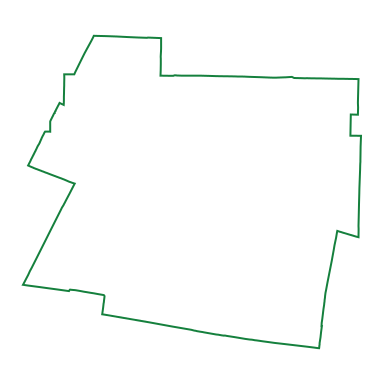 Bailesti, Dolj, Romania (Equal Earth projection)
{"feature_id": "2599482B66668126820138", "entity_name": "Bailesti", "entity_type": "district", "adm_level": 2, "iso_a3": "ROU", "parent_name": "Romania", "parent_adm1": "Dolj", "projection": "equal_earth", "projection_center": [23.267, 44.009], "detail": "fine", "context": "isolated", "style": "outline", "palette": "green", "viewbox_px": 384, "rotation_deg": 0, "n_neighbors": 0, "source": "geoboundaries", "source_scale": "gbopen_adm2", "svg_char_len": 5386}
<svg xmlns="http://www.w3.org/2000/svg" viewBox="0 0 384 384"><path d="M321.8,326.6L321.9,326.1L321.5,326.1L321.6,324.8L321.7,322.9L322.3,318.8L322.9,313.9L323.1,312.1L323.5,308.9L324.1,305.0L324.2,304.0L324.3,302.9L324.5,301.8L324.6,300.2L324.7,299.4L324.9,298.1L325.0,297.2L325.1,295.9L325.5,292.8L326.1,289.9L327.4,282.9L331.7,261.1L333.7,250.1L334.5,245.3L336.1,237.7L337.0,232.3L337.0,232.2L337.3,230.9L339.7,231.7L340.9,232.0L342.7,232.6L356.5,236.7L358.5,237.2L358.6,230.1L358.6,228.4L358.5,226.1L358.7,217.8L359.0,204.2L359.3,193.0L359.4,188.3L360.1,169.6L360.2,165.4L360.3,163.0L360.4,162.0L360.4,160.0L360.5,153.9L360.6,146.6L361.0,135.8L350.4,135.7L350.8,114.5L357.9,114.7L358.1,107.5L357.9,102.9L358.2,91.0L358.5,79.1L355.3,79.0L348.1,78.9L342.9,78.8L338.6,78.8L335.0,78.7L329.4,78.6L324.6,78.5L320.4,78.4L317.7,78.4L310.5,78.3L306.8,78.2L304.6,78.3L302.8,78.2L298.6,78.1L294.2,78.0L291.9,76.9L285.7,77.3L282.6,77.4L275.2,77.7L270.7,77.6L260.7,77.2L248.3,76.8L244.4,76.6L240.1,76.5L237.2,76.5L234.6,76.4L228.5,76.3L219.8,76.2L215.4,76.1L209.2,75.9L205.5,75.8L201.7,75.7L182.8,75.7L176.8,75.5L175.9,75.3L175.2,75.3L174.7,75.3L174.2,75.4L173.9,75.6L173.3,75.8L170.4,75.8L162.7,75.7L160.5,75.7L160.7,70.4L160.8,63.8L160.8,62.7L160.8,62.1L160.8,58.6L160.7,56.8L160.8,54.7L161.0,51.3L161.1,48.5L161.1,45.6L161.1,38.5L161.1,38.1L148.7,37.6L147.7,37.6L147.2,37.8L146.5,37.8L143.5,37.7L137.8,37.5L128.6,37.1L116.8,36.5L108.5,36.2L105.4,36.1L97.1,35.9L93.8,35.8L93.5,36.5L93.0,37.6L91.2,41.1L86.6,49.5L84.6,53.2L82.3,57.8L78.7,65.1L75.2,72.2L74.3,74.3L71.7,74.3L64.2,74.3L64.3,76.9L64.3,78.5L64.2,83.4L64.2,85.6L64.1,88.1L64.0,93.5L63.9,96.8L63.9,99.8L63.8,103.5L63.7,104.9L63.3,104.7L62.6,104.4L61.3,103.8L61.1,103.7L60.9,103.6L60.5,103.4L59.9,103.1L59.6,102.9L59.3,103.3L59.1,103.9L58.8,104.5L58.4,105.2L58.0,105.9L57.5,106.9L57.1,107.7L56.3,109.2L55.5,110.9L55.5,111.2L55.4,111.3L55.2,111.3L54.9,112.0L54.5,112.9L54.6,113.1L54.2,113.3L53.7,114.2L53.0,115.7L52.8,116.1L52.7,116.4L52.5,116.6L52.3,117.1L52.2,117.3L51.8,118.1L51.5,118.6L51.4,118.9L51.2,119.3L50.9,119.9L50.8,120.1L50.3,121.2L50.2,121.7L50.2,122.1L50.2,122.8L50.2,123.2L50.2,123.5L50.2,124.3L50.2,124.6L50.2,125.3L50.2,126.0L50.2,126.4L50.2,126.7L50.2,127.1L50.2,127.4L50.2,127.8L50.2,128.9L50.2,130.0L50.2,130.3L50.2,130.8L50.2,131.3L50.2,131.7L49.3,131.6L48.6,131.6L47.2,131.6L45.1,131.6L44.9,131.9L44.8,132.1L44.6,132.3L44.3,132.8L44.2,133.1L43.5,134.6L42.8,135.8L42.2,137.0L41.7,138.0L41.3,139.1L41.2,139.2L41.1,139.4L40.8,140.2L40.7,140.3L40.6,140.6L40.5,140.9L40.4,141.1L40.3,141.3L40.1,141.6L40.1,141.8L39.9,142.3L39.8,142.5L39.7,142.6L39.6,142.9L39.6,143.0L39.4,143.3L39.1,143.9L38.8,144.5L38.6,144.7L38.4,145.0L38.2,145.3L38.1,145.6L37.7,146.1L37.6,146.4L37.2,147.2L36.5,148.8L36.4,149.0L36.1,149.5L35.8,150.1L35.7,150.5L35.5,150.8L35.3,151.2L35.3,151.3L35.1,151.5L34.9,151.9L34.9,152.0L34.7,152.4L34.6,152.6L34.3,153.1L34.2,153.3L34.2,153.5L34.0,153.9L33.8,154.1L33.7,154.3L33.6,154.6L33.5,154.8L33.4,154.9L33.4,155.0L33.2,155.5L32.9,155.9L32.8,156.1L32.7,156.3L32.6,156.5L32.4,157.0L32.2,157.3L32.1,157.5L32.0,157.8L31.7,158.3L31.6,158.5L31.3,159.0L30.9,159.9L30.6,160.6L30.4,161.0L30.1,161.7L29.6,162.6L29.4,163.0L29.2,163.3L29.1,163.6L28.9,163.9L28.8,164.2L28.7,164.5L28.5,164.8L28.3,165.1L28.2,165.3L28.1,165.5L29.9,166.3L30.3,166.5L30.8,166.7L31.7,167.1L32.7,167.5L33.2,167.7L33.7,168.0L34.8,168.4L35.3,168.6L35.7,168.8L36.7,169.1L40.0,170.4L40.9,170.7L41.4,170.9L41.8,171.1L42.3,171.3L43.3,171.6L44.7,172.2L45.2,172.4L45.7,172.6L46.7,172.9L47.7,173.3L48.2,173.5L48.7,173.7L49.7,174.1L53.7,175.6L54.7,176.0L55.4,176.2L55.8,176.4L56.1,176.5L56.8,176.8L57.2,176.9L57.5,177.0L58.2,177.3L59.0,177.6L60.1,178.0L60.4,178.1L60.8,178.2L61.2,178.4L61.5,178.5L62.2,178.8L62.6,178.9L62.9,179.1L63.6,179.3L64.3,179.6L65.0,179.9L65.7,180.2L66.4,180.5L67.1,180.8L68.2,181.3L68.9,181.6L69.6,181.9L70.0,182.0L70.4,182.1L71.1,182.4L71.4,182.5L72.5,182.9L73.5,183.2L74.0,183.4L74.7,183.6L73.4,186.1L69.5,193.7L69.2,194.3L68.7,195.2L67.7,197.1L65.8,200.7L64.8,202.7L64.0,204.1L63.6,205.0L61.9,207.7L61.0,209.6L50.9,229.6L46.8,237.8L36.3,258.7L31.7,267.8L29.9,271.1L28.2,274.9L26.2,278.7L23.4,284.1L23.0,284.8L27.7,285.5L33.0,286.2L39.9,287.1L46.4,288.0L58.3,289.6L69.0,291.1L69.2,290.8L69.3,290.6L69.4,290.4L69.6,290.1L69.7,289.9L69.9,289.7L70.0,289.7L70.4,289.7L70.9,289.7L71.3,289.8L71.7,289.9L72.3,289.9L73.3,290.0L74.8,290.1L76.2,290.3L77.3,290.5L78.5,290.7L80.2,291.0L81.3,291.2L83.3,291.6L85.0,291.9L85.8,292.0L90.5,292.8L93.8,293.3L98.1,294.1L102.8,294.9L103.8,295.1L104.2,295.5L104.4,295.9L104.5,296.1L104.5,296.4L104.5,296.7L104.3,298.3L104.0,300.7L103.8,302.6L103.6,303.4L103.2,307.1L102.8,310.1L102.2,314.3L104.3,314.6L149.6,322.4L172.1,326.5L191.3,329.8L194.3,330.6L195.1,330.7L195.7,330.8L196.8,331.1L197.2,331.2L197.9,331.3L199.6,331.6L202.9,332.1L203.7,332.3L207.1,332.9L216.2,334.5L218.3,334.7L222.0,335.4L223.0,335.5L223.3,335.6L223.8,335.6L224.1,335.5L224.5,335.6L225.4,335.6L226.7,335.9L234.5,337.1L239.9,338.0L245.2,338.9L249.5,339.5L252.0,339.7L253.7,340.0L254.6,340.2L256.5,340.4L259.4,340.8L262.7,341.3L268.7,342.1L274.4,342.9L284.1,344.0L307.1,346.7L314.3,347.6L317.8,348.1L319.1,348.2L319.3,346.9L319.3,346.7L319.3,346.3L319.3,346.2L319.4,345.9L319.4,345.4L319.5,345.1L319.6,344.4L319.6,343.7L319.6,343.1L320.5,337.4L321.1,331.9L321.8,326.6Z" fill="none" stroke="#15803d" stroke-width="2"/></svg>